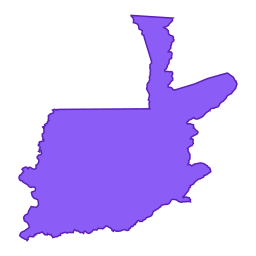 São Domingos, Goiás, Brazil
{"feature_id": "56859067B73761479247752", "entity_name": "São Domingos", "entity_type": "district", "adm_level": 2, "iso_a3": "BRA", "parent_name": "Brazil", "parent_adm1": "Goiás", "projection": "mercator", "projection_center": [-46.484, -13.45], "detail": "fine", "context": "isolated", "style": "filled", "palette": "violet", "viewbox_px": 256, "rotation_deg": 0, "n_neighbors": 0, "source": "geoboundaries", "source_scale": "gbopen_adm2", "svg_char_len": 5810}
<svg xmlns="http://www.w3.org/2000/svg" viewBox="0 0 256 256"><path d="M197.9,132.7L197.8,131.5L195.6,129.9L194.8,129.0L194.4,128.0L193.3,127.9L193.6,126.2L193.5,124.8L191.1,124.2L190.2,123.6L188.0,123.9L187.0,123.6L186.7,122.6L188.3,121.3L188.5,120.4L191.6,119.0L193.7,117.6L194.7,118.6L197.0,119.1L198.9,118.5L202.8,116.5L206.0,112.8L209.0,110.8L210.0,110.7L210.0,109.5L210.7,108.9L211.9,108.4L214.1,108.2L215.7,107.4L218.1,106.8L219.1,105.6L219.4,104.5L221.1,102.3L223.1,101.3L226.3,97.9L226.7,96.4L228.4,95.0L231.5,93.5L232.4,92.1L235.6,88.4L237.0,83.8L236.3,82.9L236.2,81.4L234.4,79.6L233.7,77.7L232.5,76.6L227.3,73.0L207.4,78.6L194.8,83.9L174.8,90.0L172.8,89.5L172.4,88.7L171.9,88.1L171.2,87.6L169.9,87.2L169.1,87.2L168.0,86.8L168.3,84.7L169.3,84.4L170.6,82.4L171.0,81.4L172.7,80.3L172.8,78.2L172.1,77.2L171.7,75.9L172.5,74.6L172.7,73.1L172.2,72.0L170.9,71.5L169.4,71.8L167.9,71.4L166.3,71.4L165.3,71.7L164.7,70.7L164.8,69.8L165.8,69.4L166.6,68.2L167.3,66.5L167.4,65.4L169.0,63.0L169.1,60.7L169.4,59.8L169.9,59.1L170.7,58.9L171.5,58.4L171.7,57.6L171.5,56.7L172.0,54.2L172.0,53.1L171.2,52.0L169.4,51.7L168.4,51.9L169.6,49.6L170.6,48.6L170.9,47.5L170.6,46.6L171.5,44.4L171.5,43.4L171.8,42.5L173.6,41.0L174.0,39.9L173.2,39.0L173.5,37.2L172.8,36.2L171.4,35.6L170.2,35.3L168.9,34.2L168.4,33.1L168.4,31.8L168.1,30.5L167.4,29.6L166.7,29.0L165.6,28.7L163.7,27.4L166.1,26.7L168.4,25.3L168.9,24.4L169.8,23.3L172.5,20.6L172.3,18.8L173.0,18.1L131.1,15.4L131.2,16.2L133.0,17.8L133.6,19.5L133.4,22.7L134.5,22.8L137.7,24.2L138.4,25.5L139.0,29.0L140.0,29.5L141.6,30.1L142.3,30.5L141.8,33.9L142.3,34.7L143.7,35.4L144.1,36.6L144.3,37.8L151.6,61.7L151.5,63.1L149.9,64.9L150.1,66.7L149.8,67.5L150.1,69.1L150.5,69.8L150.1,73.1L150.4,74.3L149.4,76.9L149.7,79.6L148.6,82.4L147.6,83.1L147.0,85.4L147.3,86.5L146.8,87.7L146.6,89.2L147.2,89.7L147.5,90.7L148.3,92.1L149.4,94.5L149.4,96.0L148.3,100.0L149.5,101.2L149.6,102.1L149.1,102.8L149.0,103.9L149.4,106.2L149.1,108.0L149.7,108.8L58.0,109.4L57.4,110.2L56.5,109.5L55.4,109.8L54.7,109.3L53.7,109.6L52.5,110.1L53.7,111.5L52.9,113.2L50.8,113.7L49.1,114.9L48.4,115.7L48.3,116.8L48.7,117.6L48.2,119.2L49.0,120.5L47.9,121.0L47.4,122.0L47.5,123.2L46.6,123.3L44.6,124.7L45.3,125.6L44.5,126.2L44.3,127.4L43.6,126.7L42.6,127.0L43.1,127.7L43.8,128.1L44.0,132.1L43.5,133.3L42.4,133.9L42.2,136.2L43.1,137.8L42.8,139.1L43.7,139.4L43.8,140.4L43.3,141.3L42.3,140.9L41.2,141.6L39.9,141.6L39.1,142.4L39.4,143.3L39.4,144.2L38.4,144.4L38.4,145.6L39.7,146.5L40.3,147.7L39.3,148.9L39.5,150.8L41.0,150.4L41.2,151.8L41.7,153.4L41.1,154.4L40.1,154.9L38.8,155.0L37.2,156.7L37.3,158.4L38.5,159.4L38.9,160.9L38.2,163.3L37.5,164.3L35.9,165.2L36.2,168.0L34.9,169.1L33.3,169.1L29.8,167.2L28.7,167.7L28.0,168.9L26.8,167.2L25.6,167.1L24.4,167.4L23.5,168.1L22.7,168.3L22.0,169.3L23.7,171.4L22.0,173.2L20.8,174.9L19.7,175.3L19.0,177.3L19.2,178.7L19.8,180.0L20.8,180.7L22.3,180.8L23.2,182.2L27.7,184.8L28.7,186.1L29.9,187.1L31.5,187.4L33.0,186.9L34.6,187.1L35.6,188.8L35.4,190.1L34.9,190.9L34.2,191.3L32.0,191.8L31.4,192.6L32.2,195.9L33.4,197.5L34.3,198.4L35.9,198.9L37.4,199.5L38.0,200.2L38.5,204.3L38.3,205.1L37.2,206.6L36.4,207.2L34.3,207.1L31.2,206.5L28.7,210.9L27.8,213.9L25.5,214.8L24.2,216.3L23.6,217.7L24.4,220.9L27.0,222.3L28.6,224.7L29.2,226.3L29.0,227.5L28.2,228.3L27.3,228.8L24.4,231.0L22.4,231.7L21.2,232.6L20.6,233.2L19.7,235.6L21.7,237.5L23.3,238.2L25.0,239.2L26.5,239.6L27.1,240.6L28.2,239.2L27.9,238.1L29.5,236.3L32.3,236.8L33.7,236.8L33.9,235.7L34.9,235.5L34.9,234.5L36.0,234.6L36.2,233.7L37.5,233.6L38.6,233.0L39.7,233.2L40.4,232.5L41.5,232.4L42.4,232.0L43.7,233.7L45.2,234.9L46.2,234.7L47.3,234.9L47.5,233.6L48.5,234.3L50.2,234.9L51.0,234.4L51.6,235.8L52.3,236.5L52.8,237.6L55.0,236.9L57.4,236.6L58.7,235.6L60.5,235.4L60.2,234.3L60.7,233.6L62.7,233.3L63.2,232.6L64.3,232.6L65.7,232.3L67.1,233.1L69.5,232.3L71.0,232.6L72.2,232.5L73.2,232.6L73.9,230.3L74.9,229.7L75.6,230.4L76.6,231.0L77.6,230.6L80.4,232.7L81.5,232.4L82.4,232.5L83.6,233.4L84.0,232.1L84.5,231.2L85.4,231.4L87.3,233.0L89.0,233.4L90.3,232.8L91.7,231.8L93.5,229.7L94.7,230.0L95.9,229.8L96.9,230.1L98.4,228.2L100.3,228.6L101.5,228.5L102.8,228.8L103.8,228.2L104.4,227.2L105.3,226.8L106.1,225.9L107.4,226.4L110.9,228.3L111.6,229.2L112.1,230.5L113.3,231.2L113.4,230.2L114.4,230.3L115.2,230.8L116.9,231.3L117.9,231.3L121.1,230.8L122.4,230.0L123.6,229.8L125.0,229.7L126.9,230.6L128.8,230.1L129.0,228.6L130.0,228.5L130.8,227.5L131.3,226.4L132.5,226.5L133.5,225.8L134.0,224.5L135.4,224.5L135.4,223.2L136.6,222.6L137.2,221.7L137.4,220.8L138.8,220.5L139.7,221.4L141.2,221.5L142.4,221.3L143.2,220.2L145.0,219.5L146.5,217.6L149.4,216.7L151.2,215.8L152.2,214.6L152.9,212.3L153.9,211.0L155.7,210.1L157.1,209.1L158.2,208.7L159.3,207.5L160.8,206.7L161.2,205.4L163.8,204.6L167.4,204.3L168.5,203.8L169.4,203.1L170.5,201.6L171.1,200.2L172.2,199.4L174.2,199.4L175.2,199.7L176.0,199.5L178.6,201.5L181.4,202.3L183.5,201.7L185.8,201.8L187.8,201.4L190.5,201.8L190.3,200.7L190.5,199.5L189.6,198.7L189.2,197.7L187.3,197.4L186.1,196.9L183.2,197.7L182.8,196.8L183.7,196.5L188.0,191.1L188.7,190.0L188.9,188.2L190.2,187.4L190.5,186.5L190.1,185.7L192.8,184.4L193.7,183.8L194.3,182.7L195.9,181.0L198.7,179.0L199.7,179.0L203.0,177.4L203.8,176.8L203.8,175.7L206.5,174.8L210.8,171.7L210.0,168.6L209.5,167.8L208.1,167.1L207.4,165.9L204.0,163.7L200.6,162.9L194.4,164.1L191.7,165.9L190.2,164.8L189.2,164.6L187.9,164.6L189.0,162.2L188.7,160.6L189.6,159.6L189.9,158.7L190.0,157.5L189.8,156.0L190.1,155.1L189.4,153.3L188.8,152.8L188.6,151.8L188.1,150.8L188.2,149.4L187.4,148.5L189.3,146.9L190.9,145.9L192.1,145.5L192.5,144.5L193.4,143.3L193.0,142.2L192.9,140.8L193.3,140.1L192.8,139.0L191.9,138.9L191.1,139.1L190.4,138.8L191.2,137.3L192.2,136.5L197.1,134.0L197.9,132.7ZM39.5,150.8L38.6,151.3L39.5,151.9L39.5,150.8Z" fill="#8b5cf6" stroke="#5b21b6" stroke-width="1.5"/></svg>